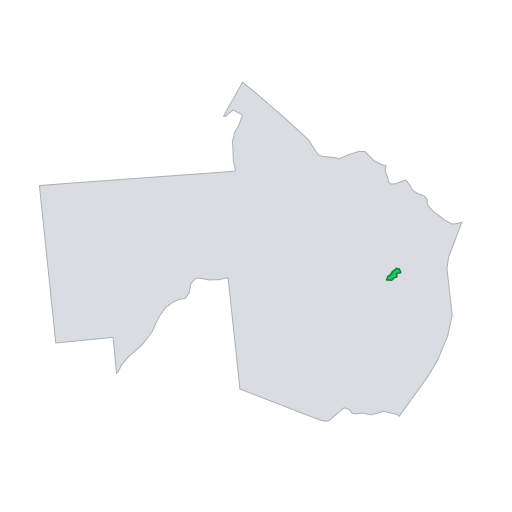 Amatitlán, Guatemala (highlighted), rotated 264°
{"feature_id": "79465075B1608091480167", "entity_name": "Amatitlán", "entity_type": "district", "adm_level": 2, "iso_a3": "GTM", "parent_name": "Guatemala", "parent_adm1": "", "projection": "natural_earth1", "projection_center": [-90.597, 14.456], "detail": "fine", "context": "in_parent", "style": "filled", "palette": "green", "viewbox_px": 512, "rotation_deg": 264, "n_neighbors": 0, "source": "geoboundaries", "source_scale": "gbopen_adm2", "svg_char_len": 3052}
<svg xmlns="http://www.w3.org/2000/svg" viewBox="0 0 512 512"><g transform="rotate(264 256 256)"><path d="M81.7,381.7L84.0,379.1L85.9,373.1L88.3,366.8L86.9,359.7L86.0,353.9L88.7,345.4L88.5,339.0L89.7,335.1L93.7,332.6L95.8,327.7L84.5,311.1L84.6,307.3L86.1,302.6L95.2,284.7L106.1,263.6L118.1,240.2L125.4,226.1L151.7,226.1L169.0,226.1L191.1,226.0L215.1,226.0L230.9,226.0L237.4,225.8L236.3,216.7L237.1,206.6L240.0,197.4L240.0,193.4L235.3,188.4L226.2,185.5L221.2,181.1L221.1,175.6L218.9,168.9L214.5,161.0L205.4,152.9L191.5,144.7L179.7,133.6L170.0,119.7L161.7,110.8L155.4,107.0L153.9,105.0L172.5,105.2L190.0,105.4L190.2,85.5L190.3,67.8L190.4,47.8L222.2,47.8L260.2,47.9L299.6,47.9L330.5,47.9L348.7,48.0L348.0,72.7L347.1,101.4L346.4,122.5L345.5,150.7L344.6,179.5L343.3,218.7L342.5,244.0L342.9,244.6L353.3,243.4L368.6,244.5L372.4,244.4L377.1,246.6L380.7,247.3L388.5,253.0L397.7,257.3L403.5,248.6L400.4,243.4L398.1,240.7L398.4,238.3L430.3,260.9L426.5,264.4L418.5,272.5L403.8,286.2L390.7,298.5L378.1,309.7L366.7,319.8L365.4,320.8L350.9,327.9L348.5,331.2L345.4,345.5L344.0,349.0L346.6,356.9L349.3,369.1L348.5,375.4L338.5,383.3L333.9,390.3L331.9,394.9L330.1,393.7L327.0,393.4L319.8,395.1L316.4,395.5L313.5,397.5L313.2,401.9L315.1,409.1L315.8,412.7L313.8,414.4L305.0,418.7L301.5,422.9L298.2,429.5L294.4,432.2L290.3,431.7L287.5,432.7L281.4,437.6L272.2,447.1L267.3,454.2L267.2,459.5L268.1,464.2L234.6,447.4L223.5,444.6L176.5,444.9L156.4,438.3L133.4,425.6L117.9,414.1L81.7,381.7Z" fill="#d9dde1" stroke="#a8b0b8" stroke-width="1"/><path d="M223.2,387.3L222.7,386.7L222.2,386.5L222.2,386.4L222.0,386.1L222.0,385.3L221.9,385.0L221.8,384.8L221.7,384.7L220.9,384.5L220.3,384.3L219.9,384.1L219.6,384.0L219.1,383.5L218.7,383.4L218.3,383.8L218.3,384.2L218.5,384.7L218.5,385.0L218.3,385.4L218.0,386.0L217.9,386.2L217.8,386.5L217.8,387.8L217.7,388.3L217.9,388.6L218.0,388.8L218.3,389.1L218.5,389.4L218.7,389.8L218.8,389.9L218.9,390.0L219.1,390.3L219.3,390.4L219.4,390.5L219.7,390.9L219.8,391.0L219.9,391.6L220.0,391.8L220.3,392.3L220.3,393.2L220.3,393.3L220.3,393.7L220.6,393.9L221.6,394.0L221.9,394.0L222.3,394.1L222.6,394.1L223.2,394.0L223.6,394.1L223.8,394.1L224.0,394.3L224.1,394.5L224.2,396.0L224.1,397.3L224.1,397.7L224.2,397.8L224.4,398.0L224.8,398.3L225.1,398.3L225.6,398.0L225.8,397.9L226.0,397.9L226.6,397.6L226.9,397.6L227.0,397.5L227.2,397.4L227.7,397.2L228.1,397.1L228.3,396.9L228.5,396.1L228.5,395.2L228.7,394.9L229.1,394.3L228.9,394.3L228.8,394.2L228.7,394.2L228.4,394.0L228.3,393.9L228.3,393.7L228.2,393.6L228.0,393.4L227.9,393.3L227.9,393.2L227.8,392.9L227.8,392.7L227.7,392.4L227.5,392.1L227.4,391.9L227.2,391.6L226.9,391.1L226.8,390.9L226.7,390.8L226.5,390.7L226.4,390.6L226.3,390.4L226.3,390.2L226.2,389.9L225.9,389.8L225.6,390.1L225.4,390.1L225.2,389.9L225.2,389.7L225.2,389.4L225.2,389.2L224.9,388.9L224.7,388.7L224.4,388.5L224.2,388.6L224.0,388.8L223.9,389.0L223.7,389.0L223.6,388.9L223.6,388.7L223.6,388.4L223.5,388.2L223.4,388.1L223.3,387.9L223.2,387.9L223.2,387.7L223.1,387.4L223.2,387.3Z" fill="#22c55e" stroke="#15803d" stroke-width="1.5"/></g></svg>